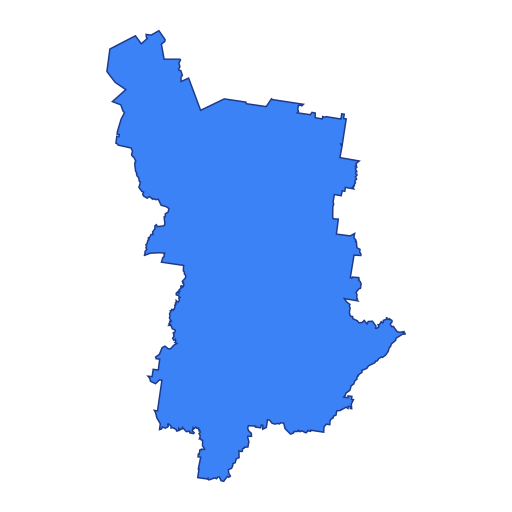 Warrumbungle, New South Wales, Australia (orthographic projection)
{"feature_id": "25037944B19485668266020", "entity_name": "Warrumbungle", "entity_type": "district", "adm_level": 2, "iso_a3": "AUS", "parent_name": "Australia", "parent_adm1": "New South Wales", "projection": "orthographic", "projection_center": [149.548, -31.455], "detail": "fine", "context": "isolated", "style": "filled", "palette": "blue", "viewbox_px": 512, "rotation_deg": 0, "n_neighbors": 0, "source": "geoboundaries", "source_scale": "gbopen_adm2", "svg_char_len": 6091}
<svg xmlns="http://www.w3.org/2000/svg" viewBox="0 0 512 512"><path d="M168.1,212.1L165.3,213.8L165.2,216.7L164.1,217.0L164.9,224.0L163.8,225.9L157.2,226.6L156.4,224.7L155.0,225.7L154.8,229.1L152.6,231.8L153.0,234.5L151.0,234.5L150.0,236.8L148.3,238.0L149.0,238.6L148.4,239.3L148.8,239.7L147.7,240.8L147.0,243.9L145.9,244.6L146.5,246.7L145.9,247.8L146.8,249.4L145.1,251.3L144.8,254.7L144.0,255.6L150.2,253.2L159.9,252.7L164.8,253.2L164.0,254.7L164.3,256.4L162.9,257.5L161.4,262.2L183.6,265.4L183.3,270.9L184.2,271.6L184.5,274.3L185.7,275.3L185.6,277.7L182.3,281.4L183.4,282.5L182.8,283.0L184.0,284.6L183.1,285.7L183.5,286.1L182.7,287.2L181.2,285.8L180.7,286.6L181.1,288.0L179.0,290.1L179.7,291.1L178.5,291.3L178.8,293.2L177.5,292.0L176.2,293.3L176.3,294.9L178.2,295.5L180.0,297.4L178.8,298.0L179.4,300.4L178.2,302.1L176.2,300.5L176.2,302.7L175.4,303.1L176.0,304.1L174.7,305.2L175.2,305.8L174.4,309.0L173.2,309.3L173.2,310.2L171.7,309.5L171.3,310.7L170.3,310.8L170.7,311.9L169.5,313.7L170.0,315.4L169.4,318.0L171.3,321.1L169.7,321.3L170.0,322.2L168.9,323.9L170.1,324.3L169.0,325.4L170.9,325.3L172.3,328.8L175.3,330.1L175.2,331.6L173.3,332.9L174.1,333.2L173.6,335.0L174.2,336.0L172.6,338.3L173.9,340.3L175.4,339.3L175.8,341.4L174.9,342.5L176.8,343.5L173.8,345.2L170.5,348.9L168.1,348.7L164.9,346.1L162.1,347.7L159.4,354.4L155.6,357.0L156.1,358.7L159.7,359.2L158.3,370.0L153.2,369.3L152.1,376.6L148.0,376.2L149.8,378.4L150.5,381.3L155.5,383.7L159.5,379.9L161.9,380.3L157.5,410.9L154.3,410.4L155.5,412.4L156.9,417.9L160.3,423.8L159.5,429.6L161.5,429.0L162.4,427.1L165.4,428.1L167.5,427.1L168.3,426.3L167.7,424.2L168.4,423.8L171.0,426.0L171.0,428.0L172.7,427.7L176.0,429.4L176.8,431.1L178.5,430.6L178.9,428.4L179.8,430.1L180.9,429.0L181.9,429.2L182.5,427.4L186.2,431.6L189.6,431.3L189.8,432.8L193.5,433.6L194.2,432.8L192.3,430.7L193.1,427.7L193.8,428.9L195.8,427.1L196.7,428.3L198.6,428.2L198.5,429.2L199.5,429.7L198.9,430.8L200.1,431.2L200.3,432.3L199.0,433.5L200.3,435.8L199.4,438.9L200.6,438.7L201.0,439.8L202.6,440.4L202.5,445.8L204.7,448.9L204.3,449.5L201.4,449.1L201.2,449.9L199.8,450.0L199.3,454.2L198.4,454.0L198.0,456.8L200.7,457.2L198.3,469.0L199.0,469.1L197.7,477.6L206.5,478.9L208.0,478.3L207.8,479.2L209.0,479.9L214.7,477.9L216.6,478.7L217.9,477.0L219.3,477.0L221.1,480.7L223.7,481.3L227.3,476.5L228.7,477.3L230.4,476.1L228.6,473.0L228.5,469.5L231.5,468.4L232.8,465.7L232.9,463.6L235.2,462.7L236.2,458.9L239.1,457.6L238.9,450.8L241.5,451.6L242.4,451.2L242.4,449.1L244.1,448.2L244.2,447.3L247.9,447.0L248.9,441.6L247.6,437.1L247.8,436.3L251.5,436.3L251.3,433.3L248.8,431.0L247.7,428.5L248.3,425.7L255.6,426.1L255.5,427.1L260.8,427.8L261.2,425.1L262.9,425.4L262.8,429.2L266.3,427.5L267.5,419.8L269.7,420.2L271.9,423.1L274.8,424.1L278.0,423.4L279.1,424.0L281.2,422.7L283.8,423.3L285.0,428.6L290.5,434.1L293.5,433.0L294.1,431.6L298.0,431.4L298.4,430.3L300.0,431.7L301.8,430.8L305.5,432.7L306.5,432.6L308.3,429.9L308.1,430.9L310.6,431.3L310.7,430.2L323.7,432.2L324.0,426.8L326.5,424.1L329.8,424.7L330.0,421.0L330.9,419.3L333.1,418.0L333.4,416.2L336.0,415.1L336.7,410.9L340.1,410.5L346.1,407.2L348.0,408.5L348.3,406.4L350.5,406.8L350.3,408.5L351.7,408.7L351.3,404.1L353.4,399.7L351.5,399.4L351.9,396.4L348.1,395.9L347.9,397.7L343.7,397.1L345.3,395.4L345.8,393.2L349.8,390.3L351.2,385.8L353.7,384.0L354.8,380.9L357.0,379.1L356.7,377.5L358.4,375.7L358.0,375.2L362.0,372.2L361.9,370.4L366.8,368.4L368.5,365.8L374.9,362.7L375.4,361.3L377.2,360.9L378.6,358.8L381.3,357.0L382.5,357.4L385.5,355.2L388.2,351.4L389.4,347.2L390.5,346.7L391.3,344.0L395.6,340.4L396.0,338.3L402.6,334.1L405.0,334.1L405.1,333.3L403.6,332.5L403.9,331.6L399.8,332.3L397.1,331.6L393.2,326.3L391.8,326.7L390.5,324.8L390.3,323.9L391.9,322.2L392.0,320.5L389.2,318.7L388.9,319.5L387.2,318.8L386.6,317.1L386.4,319.3L383.3,320.4L383.3,322.3L382.5,322.9L381.2,321.7L379.2,324.9L378.1,324.7L378.8,326.8L376.6,328.4L375.7,328.3L375.9,326.0L372.4,321.2L368.2,321.5L367.0,323.9L364.2,320.4L362.0,322.6L358.7,322.7L357.4,320.8L352.9,318.7L352.6,316.5L350.9,316.4L350.0,315.3L349.4,312.2L350.1,308.0L349.3,305.9L349.9,304.4L346.7,302.0L344.3,298.6L357.9,300.9L356.9,299.7L357.5,299.1L356.7,297.9L357.0,295.0L356.1,292.4L358.7,288.9L360.4,288.4L361.1,283.8L360.2,281.6L358.5,280.0L359.1,279.3L358.8,277.6L352.3,277.1L352.0,278.0L350.3,277.7L354.0,255.1L360.8,255.5L361.0,254.1L359.7,252.1L360.0,249.4L356.9,247.7L356.4,241.9L355.4,241.4L356.0,240.3L353.8,237.5L354.6,233.5L350.2,235.9L336.4,234.1L338.3,219.1L333.2,218.8L332.7,217.0L332.8,206.7L333.7,204.6L333.1,201.5L334.4,194.5L341.2,195.7L342.3,190.8L344.8,191.3L345.4,187.4L353.7,188.9L352.5,187.2L353.6,187.0L353.6,185.9L354.3,185.7L354.0,185.1L355.5,182.7L354.8,181.7L355.3,180.3L356.6,179.1L355.4,176.7L356.9,175.4L356.9,174.3L355.7,173.7L356.0,171.6L356.8,171.6L355.4,168.8L356.8,167.2L355.4,166.3L356.5,165.5L356.0,163.6L359.2,161.0L339.9,157.6L342.2,145.4L341.2,145.2L340.7,144.0L342.3,144.3L346.2,118.9L343.6,118.5L344.2,114.2L341.7,113.8L340.9,119.0L325.9,116.6L324.5,117.3L322.7,116.5L322.3,118.9L315.2,117.7L315.2,113.0L312.0,112.4L310.3,114.7L297.2,112.8L298.5,111.2L297.7,109.3L298.4,105.5L300.7,105.2L301.8,105.9L303.4,104.3L272.6,99.6L271.5,98.8L266.2,106.6L246.3,103.7L245.9,102.1L224.3,98.9L200.6,110.3L188.6,78.1L181.1,81.5L181.0,77.1L182.4,75.4L180.8,70.6L179.0,70.2L178.6,69.4L179.9,66.7L178.9,63.0L180.5,60.0L179.9,59.2L164.1,59.2L161.4,44.1L164.8,41.5L165.1,39.7L158.9,30.7L151.2,35.1L146.1,34.4L146.4,37.2L147.4,38.4L141.3,43.8L135.4,35.8L109.9,49.0L106.9,71.5L115.2,82.4L125.8,89.6L112.4,101.6L120.8,104.8L123.0,111.0L124.5,112.6L121.1,119.2L117.4,131.6L117.1,134.2L119.3,134.5L119.0,136.6L116.8,136.3L115.9,143.2L117.6,144.0L118.1,145.1L131.1,148.0L132.6,151.7L131.7,153.6L131.8,155.5L134.2,157.8L135.8,161.4L134.9,162.4L134.8,164.6L135.6,171.2L136.9,173.3L136.5,174.0L137.1,176.0L138.8,177.9L139.2,181.2L140.4,182.3L138.9,187.4L141.8,191.4L143.7,192.1L142.7,194.2L143.5,196.0L147.2,198.2L149.4,196.5L152.7,199.3L153.5,198.7L156.0,199.7L158.3,199.2L161.1,205.2L166.2,206.7L168.9,208.5L168.1,212.1Z" fill="#3b82f6" stroke="#1e3a8a" stroke-width="1.5"/></svg>